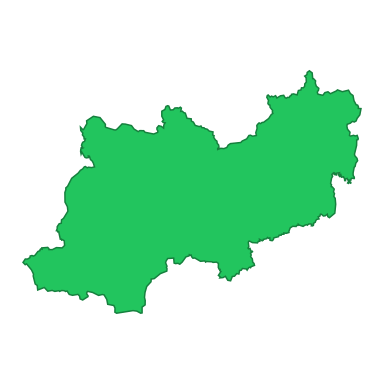 Befandriana Nord, Sofia, Madagascar (Albers equal-area conic projection)
{"feature_id": "10022922B32579750162608", "entity_name": "Befandriana Nord", "entity_type": "district", "adm_level": 2, "iso_a3": "MDG", "parent_name": "Madagascar", "parent_adm1": "Sofia", "projection": "albers", "projection_center": [48.822, -15.151], "detail": "fine", "context": "isolated", "style": "filled", "palette": "green", "viewbox_px": 384, "rotation_deg": 0, "n_neighbors": 0, "source": "geoboundaries", "source_scale": "gbopen_adm2", "svg_char_len": 5965}
<svg xmlns="http://www.w3.org/2000/svg" viewBox="0 0 384 384"><path d="M361.0,108.6L358.3,108.4L358.4,106.6L357.6,105.1L356.1,104.7L354.0,100.7L353.0,95.5L350.4,93.6L348.5,90.2L342.3,91.7L337.5,89.9L336.0,91.1L330.4,93.7L328.0,91.8L324.9,92.6L322.8,95.3L318.0,94.2L317.3,92.4L317.6,91.2L318.4,90.6L318.8,88.3L316.3,86.2L315.3,83.1L315.6,80.9L313.5,78.6L312.7,78.6L312.2,72.9L309.4,70.8L307.2,72.4L306.9,74.7L304.7,76.1L306.1,77.7L306.3,82.1L304.8,83.8L304.6,86.5L303.3,87.8L301.5,87.8L300.9,90.0L298.4,90.5L297.1,94.9L293.6,93.9L291.5,94.3L291.2,95.5L290.0,96.0L289.3,97.4L287.4,97.4L286.4,98.2L285.1,97.7L283.7,95.3L280.5,95.8L276.9,98.0L275.6,95.7L273.1,96.9L271.6,96.1L270.1,97.0L268.2,95.0L267.3,95.5L266.8,97.3L268.5,100.4L267.9,103.3L268.5,104.6L269.9,105.1L270.1,107.4L272.6,110.5L272.3,112.0L272.9,113.4L271.3,114.5L268.7,118.5L263.5,122.4L262.2,122.4L260.6,123.6L259.1,122.9L257.5,124.4L256.8,125.6L257.1,128.3L255.8,132.7L256.4,135.5L252.6,136.2L250.5,135.2L248.9,135.5L246.7,138.9L242.2,141.0L240.8,142.5L230.4,143.6L228.2,145.1L226.8,147.5L223.9,148.6L220.8,148.3L217.7,149.5L217.7,148.4L219.0,147.3L218.6,144.9L217.2,143.4L216.9,141.1L215.4,140.0L213.7,137.3L214.1,135.7L212.7,135.0L213.0,131.9L209.3,131.1L207.2,129.2L204.7,128.6L204.1,127.8L201.8,127.6L201.0,126.0L199.2,126.6L195.2,125.4L193.4,122.1L191.4,121.1L191.2,118.8L187.0,118.3L185.3,113.1L183.7,112.6L182.4,111.2L180.7,111.4L181.4,108.1L180.4,107.2L178.2,108.3L177.4,107.8L174.8,108.0L173.2,109.8L170.4,110.0L168.8,106.1L167.7,105.7L166.0,106.4L164.9,109.5L161.8,111.2L161.8,116.2L163.6,119.9L162.2,121.4L163.3,122.6L165.1,122.8L163.8,125.1L163.6,128.1L161.4,126.4L158.7,125.7L156.9,127.9L157.0,129.6L157.9,131.0L157.7,132.4L153.7,134.0L145.1,132.3L143.7,130.7L139.8,130.6L138.2,131.6L134.1,129.1L131.5,125.6L125.3,124.1L122.1,123.9L117.2,129.0L115.7,130.0L114.3,129.9L105.9,127.4L105.3,126.8L105.4,124.3L100.0,117.6L93.4,116.3L86.6,120.8L86.9,123.6L83.6,129.4L83.0,129.8L80.5,127.2L80.8,130.6L82.8,133.0L82.4,134.9L83.9,136.8L84.1,138.9L85.4,138.9L84.6,141.3L82.7,142.3L81.9,144.0L81.5,145.4L82.3,146.6L81.4,147.6L82.8,148.0L80.8,149.0L80.6,151.5L81.1,154.1L81.8,152.2L85.0,157.4L86.3,157.9L88.4,157.6L88.3,155.9L89.4,156.2L90.5,159.6L92.1,160.9L93.3,163.0L94.5,166.9L91.6,167.6L88.5,167.2L87.2,167.8L85.3,166.5L84.3,166.9L82.6,169.0L80.4,170.3L78.2,173.1L71.7,178.3L67.6,186.3L65.8,187.9L65.9,189.5L64.9,192.5L65.0,202.1L67.4,206.7L67.9,211.2L63.5,218.4L61.5,219.9L61.3,223.2L59.1,223.8L57.2,226.7L57.2,228.7L56.4,230.7L57.5,230.9L57.8,231.9L58.7,231.7L60.3,239.2L61.5,239.1L61.7,240.1L62.6,239.8L64.2,240.7L64.6,245.5L62.1,247.9L56.4,247.6L52.4,249.6L49.0,249.6L48.9,248.6L47.7,247.4L41.8,247.9L42.0,249.2L40.8,248.9L40.1,249.5L40.0,250.6L37.9,251.5L35.0,255.3L33.4,256.1L32.0,255.5L30.2,256.0L29.9,257.7L27.4,259.1L25.3,259.0L23.0,262.4L25.2,264.7L26.6,263.9L31.5,269.9L33.5,274.1L33.2,276.0L35.2,284.0L37.2,285.4L37.7,290.0L44.3,287.5L47.8,291.2L52.2,290.4L54.8,291.4L58.9,290.7L59.6,291.4L61.7,290.5L64.4,290.7L65.5,291.5L67.1,291.0L69.2,294.4L72.5,295.3L77.9,294.4L79.5,295.9L80.1,298.9L82.7,300.0L88.0,296.6L88.0,295.6L86.7,294.0L86.9,292.2L87.7,291.4L92.5,292.4L98.6,295.4L102.3,294.5L104.1,294.9L106.8,299.5L107.7,304.3L113.8,305.5L115.0,308.1L114.9,312.2L116.6,313.2L133.0,310.6L136.8,311.1L140.7,313.2L142.1,312.9L142.1,307.1L145.1,304.9L145.2,300.5L144.5,297.4L145.0,292.5L146.7,286.5L151.0,281.8L151.2,279.1L154.3,278.6L160.4,273.6L166.8,271.1L167.0,268.7L166.4,267.3L167.0,266.2L165.6,262.8L166.1,261.0L167.7,258.5L173.7,258.1L174.1,263.1L175.5,263.6L177.9,263.3L179.8,264.2L182.2,262.1L185.9,256.9L189.0,255.9L189.3,254.7L190.2,255.3L191.1,255.0L191.6,256.7L192.9,258.2L194.8,258.0L200.5,261.3L204.8,260.9L205.6,262.1L206.5,261.5L211.9,261.8L213.0,262.4L216.5,262.1L218.4,263.4L218.3,267.4L219.0,269.1L220.1,269.4L219.8,270.6L220.9,271.5L218.4,275.4L220.3,277.0L219.8,277.9L223.0,277.6L225.4,276.3L227.8,280.3L230.6,280.8L232.3,276.5L234.5,276.2L236.7,273.6L238.9,274.0L239.6,270.5L241.3,270.2L242.4,268.5L246.4,269.0L247.1,270.1L248.6,267.8L249.7,267.2L250.6,267.7L251.1,266.7L254.5,265.4L254.0,263.4L252.8,262.3L252.3,258.8L250.6,256.6L251.2,255.0L250.5,253.2L252.5,251.7L252.1,251.1L251.0,251.2L250.0,248.4L248.5,248.8L248.0,248.1L248.8,246.6L248.3,242.3L248.7,241.3L249.5,241.1L252.4,242.6L257.5,242.9L258.4,241.3L259.8,241.3L259.5,239.3L262.2,240.8L263.3,240.1L263.3,239.4L266.6,238.7L267.5,237.5L268.5,238.3L269.8,237.8L270.0,240.3L272.2,240.7L273.3,239.7L273.9,237.8L278.5,236.7L279.1,235.2L281.2,235.2L281.5,234.3L283.9,234.2L283.8,233.0L286.3,233.3L289.0,232.5L288.9,231.3L290.2,227.9L292.7,226.3L296.1,226.5L296.6,225.5L298.0,225.4L298.2,224.2L299.2,225.1L303.1,226.4L304.9,225.2L306.6,224.7L307.4,225.2L308.5,224.1L310.1,223.9L311.7,224.3L311.3,225.8L312.5,225.9L313.4,225.4L313.7,223.2L315.3,222.2L315.8,220.5L316.8,219.4L319.0,218.9L318.2,216.7L319.9,216.1L320.4,214.2L321.5,214.3L323.4,216.0L325.2,215.8L327.3,214.2L327.8,216.6L329.4,217.7L334.8,213.2L335.7,204.3L335.2,198.3L333.8,196.4L334.5,193.6L333.5,192.0L334.2,189.1L332.3,186.9L331.2,186.6L331.5,184.6L330.6,183.6L331.6,178.0L332.6,176.5L331.9,174.4L334.0,172.6L335.2,173.4L333.5,173.4L334.3,174.5L336.6,175.0L336.9,173.1L339.4,172.7L338.5,174.7L339.6,176.6L340.1,176.6L340.2,174.7L340.7,174.3L341.7,177.2L343.5,176.8L343.9,177.9L344.9,178.6L344.5,179.9L344.9,180.7L345.5,180.6L345.2,179.9L346.0,178.9L347.1,178.4L348.6,181.4L347.6,183.0L348.4,183.4L349.1,182.2L350.4,183.2L350.9,182.9L350.7,182.2L349.4,181.4L349.0,180.0L350.8,180.2L351.3,178.4L351.8,178.3L354.8,178.6L354.0,178.1L354.3,177.2L353.2,175.4L353.1,173.0L354.2,167.2L355.1,166.5L355.8,163.2L357.6,160.7L357.0,158.3L354.8,155.7L354.5,154.1L356.6,145.4L356.7,140.0L358.0,139.6L358.2,138.4L357.2,135.4L355.2,136.0L353.6,135.3L350.6,136.1L349.5,135.5L350.0,132.2L347.5,129.2L346.9,126.2L347.2,124.3L350.3,123.2L352.4,121.4L354.3,122.0L356.1,121.0L357.1,118.4L359.8,114.9L361.0,108.6Z" fill="#22c55e" stroke="#15803d" stroke-width="1.5"/></svg>